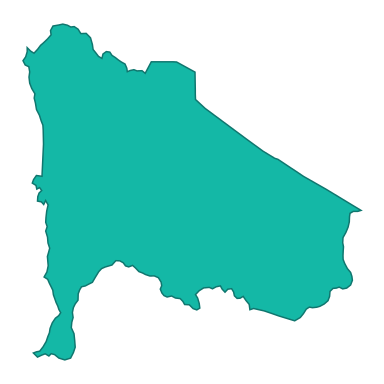 São Bento do Sul, Santa Catarina, Brazil (Natural Earth projection)
{"feature_id": "56859067B90666299888242", "entity_name": "São Bento do Sul", "entity_type": "district", "adm_level": 2, "iso_a3": "BRA", "parent_name": "Brazil", "parent_adm1": "Santa Catarina", "projection": "natural_earth1", "projection_center": [-49.376, -26.295], "detail": "fine", "context": "isolated", "style": "filled", "palette": "teal", "viewbox_px": 384, "rotation_deg": 0, "n_neighbors": 0, "source": "geoboundaries", "source_scale": "gbopen_adm2", "svg_char_len": 2903}
<svg xmlns="http://www.w3.org/2000/svg" viewBox="0 0 384 384"><path d="M27.2,51.7L25.7,56.8L23.0,60.7L25.2,65.0L28.8,66.7L29.7,71.9L29.0,77.1L29.7,83.2L31.7,88.4L34.9,93.8L34.2,98.1L35.4,102.9L36.5,109.6L39.4,115.2L41.2,120.9L42.9,125.2L43.2,130.0L43.5,144.1L42.0,176.3L36.4,175.5L33.6,179.5L32.3,183.1L36.0,185.4L36.8,189.1L39.6,187.6L41.7,190.5L39.1,193.0L37.8,196.6L37.5,201.1L41.4,201.9L43.7,204.5L45.6,200.5L48.1,204.9L46.7,211.1L46.0,217.4L45.7,222.3L47.2,226.6L45.7,231.1L47.5,237.1L48.0,243.0L49.7,248.2L48.6,252.3L47.4,256.5L47.8,261.1L48.2,265.8L46.9,272.0L44.1,277.0L47.7,279.3L49.3,283.1L51.2,286.9L52.8,290.2L53.4,294.8L54.9,299.0L56.1,302.5L57.8,306.1L58.9,309.5L60.7,312.7L58.7,315.7L55.4,318.2L52.3,322.8L50.1,328.4L49.4,332.8L47.8,336.7L46.2,341.5L43.1,346.8L39.7,351.2L36.5,351.8L33.4,353.0L37.5,357.1L41.8,355.1L45.2,353.8L48.9,356.0L51.2,353.7L54.6,354.6L58.9,358.1L64.8,359.9L70.6,358.1L73.4,352.6L75.2,347.2L74.7,340.5L74.0,333.7L71.3,327.7L71.8,322.2L73.1,317.5L72.4,312.5L73.4,307.6L75.2,303.9L78.0,300.2L78.2,293.8L79.7,289.8L81.5,286.8L85.4,285.9L88.4,284.3L92.4,282.3L95.3,277.3L98.8,271.6L101.6,268.6L105.2,267.0L112.0,265.0L115.8,260.7L119.7,260.8L123.3,262.8L125.5,265.9L128.7,266.9L132.6,265.4L135.5,268.0L138.9,271.6L142.6,273.0L145.4,274.5L149.9,276.0L154.3,275.9L158.4,277.7L161.1,282.1L161.7,285.7L160.3,289.1L161.9,293.0L164.0,295.6L167.1,297.0L171.6,296.0L175.4,298.0L180.2,298.6L182.9,301.4L184.6,304.5L189.3,304.8L193.1,308.6L196.8,309.9L199.8,308.1L199.2,303.4L197.6,298.0L195.5,294.6L199.2,290.7L203.7,287.9L209.3,287.4L212.5,288.8L216.1,286.8L220.4,285.9L222.2,289.2L225.0,292.2L227.8,289.2L231.6,288.7L233.6,292.0L234.4,295.8L237.1,298.4L240.1,298.2L243.2,296.4L245.9,300.4L249.2,304.4L249.9,309.7L253.6,308.5L264.2,310.9L271.3,313.3L278.7,315.9L294.7,320.8L300.3,317.5L303.4,313.7L306.3,309.1L309.4,307.1L312.4,307.7L316.8,307.2L319.9,306.3L324.2,304.0L328.0,300.7L329.6,296.4L330.0,291.4L333.0,288.4L336.3,288.1L339.2,287.1L342.7,288.9L346.7,288.1L350.6,285.0L352.4,280.3L351.9,276.4L350.6,272.4L347.4,268.6L344.7,263.5L343.1,259.4L343.0,255.5L343.2,250.9L343.5,246.8L342.7,242.8L343.0,237.6L345.9,232.4L348.1,227.1L349.3,221.9L349.5,216.8L350.0,213.3L353.3,211.4L357.7,211.4L361.0,210.4L326.0,189.2L303.7,176.5L277.9,159.3L274.7,158.3L262.9,151.1L246.6,139.2L205.1,108.4L195.5,99.5L195.3,94.1L195.3,90.2L195.2,84.8L195.0,72.1L176.6,62.0L172.8,61.8L168.8,61.8L157.8,61.8L151.3,61.8L145.2,73.3L142.0,70.7L137.0,70.9L133.9,69.7L130.2,70.5L127.3,71.7L126.8,68.2L125.0,64.0L121.5,62.1L118.4,60.0L115.4,57.6L112.0,55.4L109.8,52.1L106.3,51.6L103.0,54.0L101.9,58.4L98.5,56.4L95.6,52.6L93.1,49.5L92.4,44.5L90.5,37.8L86.2,33.4L80.8,33.6L78.1,29.2L74.2,26.6L70.8,27.0L67.4,25.2L62.8,24.1L58.8,25.0L53.0,26.0L50.5,30.6L51.1,34.8L47.6,38.9L43.2,43.1L40.6,45.3L37.7,49.2L34.0,53.2L30.6,51.1L27.2,47.7L27.2,51.7Z" fill="#14b8a6" stroke="#0f766e" stroke-width="1.5"/></svg>